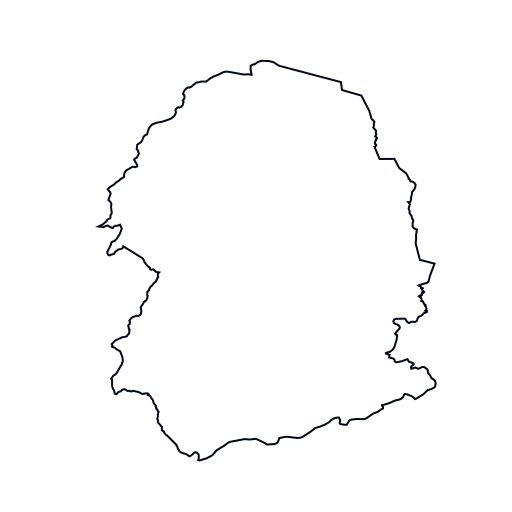 Huanca Sancos, Ayacucho, Peru, rotated 255°
{"feature_id": "86281439B89216609450497", "entity_name": "Huanca Sancos", "entity_type": "district", "adm_level": 2, "iso_a3": "PER", "parent_name": "Peru", "parent_adm1": "Ayacucho", "projection": "equal_earth", "projection_center": [-74.477, -13.931], "detail": "fine", "context": "isolated", "style": "outline", "palette": "ink", "viewbox_px": 512, "rotation_deg": 255, "n_neighbors": 0, "source": "geoboundaries", "source_scale": "gbopen_adm2", "svg_char_len": 6048}
<svg xmlns="http://www.w3.org/2000/svg" viewBox="0 0 512 512"><g transform="rotate(255 256 256)"><path d="M433.8,327.5L438.7,323.0L440.9,319.0L442.9,312.8L443.0,311.0L442.9,308.2L441.4,303.8L441.8,303.0L441.2,300.1L437.7,299.1L432.2,298.6L433.6,295.5L434.4,291.3L440.7,277.9L441.8,275.0L442.0,273.5L442.0,271.7L440.9,266.7L440.3,260.7L439.7,259.5L439.8,258.6L437.4,253.1L438.6,248.6L438.7,244.6L439.0,243.5L438.2,241.4L436.3,237.6L435.9,235.2L436.4,234.2L436.0,232.1L435.0,230.9L434.8,230.2L433.1,228.5L431.4,227.5L430.8,227.5L430.0,228.4L427.1,227.8L425.1,225.5L424.2,226.0L423.5,225.9L422.6,225.2L421.6,224.9L420.3,223.8L420.1,222.8L419.5,222.6L419.2,220.5L419.8,219.2L418.8,216.8L417.5,215.9L415.6,215.9L413.4,214.5L412.5,213.3L410.8,209.8L410.4,206.7L410.0,199.8L410.4,195.3L410.1,190.3L409.2,188.4L406.9,185.5L401.7,182.3L401.4,180.4L400.5,178.5L397.0,175.8L395.8,174.5L394.2,170.1L390.1,168.4L388.3,169.3L385.1,169.3L382.0,166.6L381.3,164.0L380.5,163.2L375.0,164.7L373.3,164.5L373.0,162.5L374.2,159.9L372.1,152.5L370.2,150.4L368.1,149.4L366.9,149.3L366.3,148.7L365.3,144.8L364.4,143.5L363.3,140.1L361.7,137.1L360.4,132.7L358.8,130.0L355.3,131.7L353.9,131.7L348.3,127.9L345.7,129.5L343.3,129.7L341.2,128.7L334.8,127.8L332.5,125.7L330.7,125.4L330.1,124.9L329.8,122.1L328.6,121.1L326.2,116.3L325.3,111.4L323.4,115.8L323.9,119.4L323.7,120.9L322.7,121.6L320.1,124.6L320.1,125.1L321.3,126.3L321.5,128.2L321.1,130.3L321.4,132.8L317.0,133.4L311.8,129.5L308.5,125.6L307.3,123.6L306.8,120.4L306.4,119.7L305.0,119.1L302.6,117.2L298.6,113.5L297.0,113.1L295.0,113.8L294.4,114.9L294.8,116.2L294.8,119.4L296.2,120.8L297.9,124.6L297.7,127.5L298.0,129.0L299.7,130.3L283.4,145.6L281.4,146.5L278.8,146.7L274.5,148.6L272.1,150.4L270.5,150.4L269.7,151.3L269.9,152.4L269.6,153.5L266.5,155.3L265.2,158.2L264.2,156.8L262.4,156.0L260.8,156.1L260.1,154.8L259.0,154.4L258.4,153.4L257.1,152.5L256.5,150.7L254.2,147.7L253.8,146.5L252.4,144.8L250.3,143.6L249.8,142.0L246.6,140.8L245.5,141.1L243.4,140.0L241.3,138.2L241.2,137.1L240.7,136.7L240.7,135.7L239.2,134.7L236.3,131.3L232.9,131.1L229.7,129.8L228.9,128.7L228.6,126.8L228.6,126.2L229.2,125.3L228.9,121.2L228.1,119.1L226.4,116.9L224.9,117.3L224.1,116.7L223.2,116.6L222.5,115.1L221.4,114.4L220.0,114.6L218.6,114.3L217.8,114.9L217.1,114.3L215.8,114.2L213.6,113.0L213.1,111.7L211.8,110.4L212.1,105.4L210.7,98.0L208.2,93.8L206.7,94.2L205.7,93.4L203.7,96.1L201.6,97.5L199.1,100.1L192.7,100.8L188.7,100.1L187.1,98.8L185.7,98.1L184.5,96.5L179.4,91.6L178.1,89.7L177.3,87.2L175.0,84.4L173.8,85.0L168.0,83.4L165.0,83.4L162.9,84.1L159.5,83.9L158.7,85.5L160.2,87.8L160.3,90.2L161.4,92.4L161.4,94.3L160.5,95.7L158.9,96.9L158.5,99.0L157.4,100.4L157.6,102.1L157.3,103.1L154.8,107.6L152.2,110.3L151.7,114.9L150.8,116.5L150.5,116.5L149.7,115.6L149.1,116.6L148.0,117.7L146.0,117.9L143.9,119.1L140.4,119.1L137.4,120.5L136.7,120.1L135.1,120.5L134.3,120.1L133.4,120.8L131.2,121.1L130.7,121.6L129.0,120.5L125.8,119.5L124.4,118.4L122.7,118.8L120.5,118.3L115.2,120.9L112.0,119.9L110.2,121.7L109.4,121.5L106.6,122.7L105.6,123.7L93.9,130.4L93.3,130.2L91.5,130.8L90.4,130.6L86.9,131.7L85.3,133.1L82.6,137.4L79.7,139.8L80.1,141.7L82.1,145.8L82.1,146.7L81.3,148.1L79.4,149.1L78.4,149.1L74.7,148.1L73.8,147.4L73.1,148.7L73.4,156.1L74.6,161.3L75.2,162.8L78.6,167.8L81.1,176.5L82.9,181.0L83.2,183.0L82.1,197.6L80.4,202.3L79.4,208.7L73.1,216.1L71.0,217.9L69.7,224.6L69.7,227.3L70.6,229.0L74.1,231.4L73.8,237.2L73.2,239.7L69.7,248.3L69.0,251.2L69.3,254.3L72.3,263.7L74.5,268.7L74.6,273.4L75.3,278.8L76.7,284.1L77.8,285.5L78.9,288.9L79.1,290.7L78.7,293.7L78.3,294.5L75.4,294.8L73.0,293.5L72.3,293.6L71.5,294.6L70.0,298.1L69.6,299.3L69.8,300.2L73.0,303.7L73.3,305.2L72.5,311.3L71.1,315.7L70.4,318.8L70.6,320.5L73.4,328.1L73.9,333.1L75.3,336.8L75.8,339.1L77.5,339.6L78.8,339.0L79.4,339.2L79.2,340.5L79.4,346.8L80.5,353.4L80.2,356.1L80.4,359.0L81.5,361.5L83.6,363.0L84.2,363.9L83.5,365.6L80.6,369.8L77.9,372.1L76.6,372.5L76.6,373.1L79.1,381.8L82.1,387.2L82.0,390.8L83.0,394.5L84.2,395.6L86.6,396.6L88.8,396.7L90.3,396.0L92.6,393.9L96.0,393.2L98.6,391.9L101.1,392.3L102.1,392.1L105.0,390.0L105.8,388.0L105.0,383.8L107.1,380.9L106.8,377.3L107.0,376.8L108.6,377.0L109.3,377.7L110.4,380.1L110.8,380.4L112.1,379.7L114.4,376.3L117.0,375.7L117.2,375.3L116.6,369.5L117.0,363.9L118.4,362.7L119.5,363.0L121.3,362.3L123.6,358.3L126.0,359.4L127.8,356.5L128.6,356.3L128.8,356.8L128.9,360.9L130.0,363.5L131.0,364.9L132.7,366.4L139.2,370.4L142.6,371.7L143.3,371.7L144.3,370.3L145.1,370.3L149.0,376.0L150.0,376.5L152.0,375.9L153.2,374.8L153.9,373.5L155.8,371.8L157.5,371.8L158.9,373.1L159.1,374.9L157.0,383.5L156.4,384.0L153.8,384.7L151.8,386.1L151.7,387.0L152.2,388.4L152.2,389.7L151.2,392.1L151.1,393.0L151.8,394.5L154.8,396.8L155.3,397.7L155.4,399.8L156.1,401.5L157.3,403.3L157.6,406.4L157.9,406.8L158.8,406.8L159.4,405.6L159.7,406.3L161.1,407.1L162.9,407.0L164.2,406.3L164.8,407.1L166.4,405.8L168.8,405.6L169.8,404.0L170.8,404.7L172.5,404.7L173.7,403.6L174.3,404.5L175.1,403.3L175.5,404.5L175.3,406.0L175.8,406.4L176.5,406.4L176.6,407.2L177.8,409.1L178.4,408.8L178.0,407.8L178.1,407.4L179.0,408.0L181.0,407.7L181.4,408.6L181.7,408.8L182.1,408.3L182.2,407.1L184.0,407.1L185.4,405.4L185.7,406.9L185.8,414.4L186.5,415.9L192.0,419.0L202.4,426.5L209.9,413.3L227.0,413.5L231.6,415.3L234.5,415.9L240.0,418.3L241.1,416.5L242.2,415.5L244.2,414.9L247.1,415.8L249.8,417.2L252.5,416.4L254.2,416.7L257.7,415.4L259.6,416.0L262.3,415.7L266.1,418.0L268.6,417.0L268.1,418.6L269.1,419.6L270.9,420.6L272.4,420.8L274.0,421.9L277.8,423.6L278.7,425.3L280.8,427.4L283.5,428.6L285.3,428.1L286.9,427.0L287.5,426.2L287.8,425.0L288.6,424.4L290.4,424.3L291.3,423.3L292.1,423.6L296.9,422.5L303.9,417.1L314.0,414.8L317.7,400.5L330.8,398.7L330.8,399.5L331.7,400.8L332.5,400.8L333.4,400.0L334.3,400.0L336.1,401.1L336.6,401.8L337.5,401.9L338.4,403.4L339.8,403.0L340.7,402.1L342.3,403.7L343.7,403.5L345.9,404.4L349.7,402.5L351.3,403.7L353.2,404.0L354.7,405.1L355.6,404.9L358.6,403.1L366.6,403.0L383.7,399.3L394.0,382.1L402.0,383.0L433.8,327.5Z" fill="none" stroke="#020617" stroke-width="2"/></g></svg>